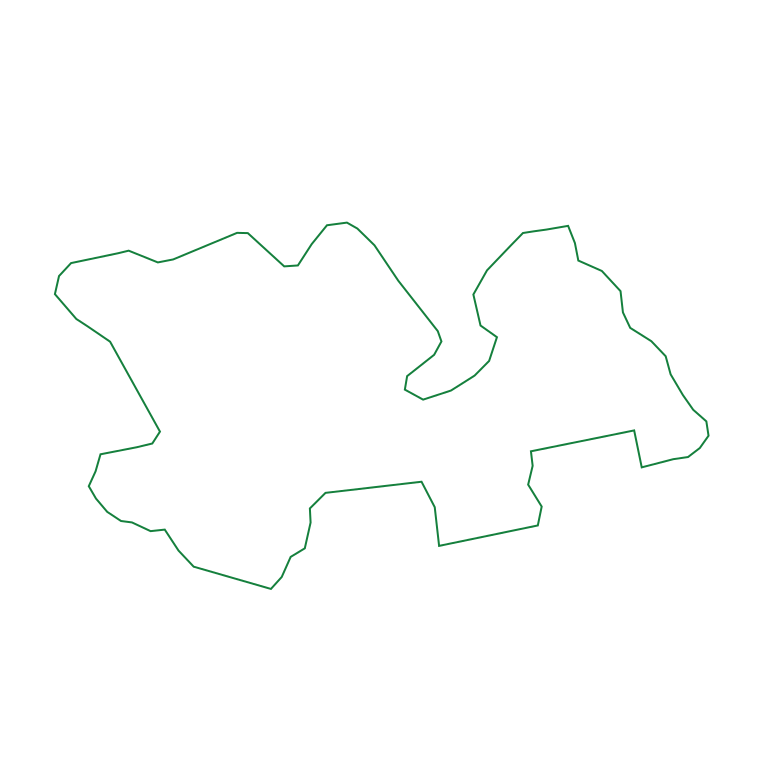 the district of Muçum, Rio Grande do Sul, Brazil, rotated 169°
{"feature_id": "56859067B23552766420682", "entity_name": "Muçum", "entity_type": "district", "adm_level": 2, "iso_a3": "BRA", "parent_name": "Brazil", "parent_adm1": "Rio Grande do Sul", "projection": "albers", "projection_center": [-51.824, -29.14], "detail": "fine", "context": "isolated", "style": "outline", "palette": "green", "viewbox_px": 768, "rotation_deg": 169, "n_neighbors": 0, "source": "geoboundaries", "source_scale": "gbopen_adm2", "svg_char_len": 1192}
<svg xmlns="http://www.w3.org/2000/svg" viewBox="0 0 768 768"><g transform="rotate(169 384 384)"><path d="M131.6,392.1L135.8,408.7L134.1,430.0L148.6,453.4L169.7,468.1L169.7,485.9L173.1,504.1L195.2,504.6L208.0,505.3L218.8,505.7L233.5,495.5L261.2,475.9L279.2,454.8L278.1,423.0L264.2,408.4L276.4,386.6L293.4,375.0L319.5,364.8L348.6,361.2L364.6,374.5L359.8,387.3L329.2,403.1L319.5,414.8L321.1,425.6L350.3,482.7L366.9,522.0L380.5,541.7L389.6,549.5L409.7,550.7L428.3,535.1L445.9,516.8L459.5,518.5L488.9,558.1L499.4,560.4L567.2,546.5L582.8,546.5L609.2,563.6L620.0,563.1L668.1,562.4L682.4,552.0L689.9,535.0L673.6,506.5L664.1,497.3L644.8,477.8L613.0,380.0L622.8,369.8L638.7,369.1L675.7,369.1L683.8,353.3L693.3,340.0L688.6,326.5L680.1,311.3L668.3,299.7L657.8,296.2L641.2,284.1L627.0,282.9L617.5,259.7L605.7,241.0L534.1,204.4L521.2,214.1L508.6,232.1L493.1,237.8L482.5,262.0L480.5,276.0L462.2,288.3L365.8,280.9L357.7,253.4L360.8,214.6L260.0,215.8L252.6,233.6L261.7,257.7L253.7,275.3L252.6,289.9L147.3,290.7L146.9,253.0L114.4,255.0L99.5,254.3L86.2,260.9L75.3,271.3L74.7,285.8L85.4,299.7L92.7,316.1L100.8,338.8L102.2,357.5L113.4,375.0L131.6,392.1Z" fill="none" stroke="#15803d" stroke-width="2"/></g></svg>